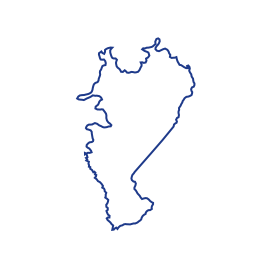 Ponte Alta, Santa Catarina, Brazil (Albers equal-area conic projection), rotated 130°
{"feature_id": "56859067B55318119978612", "entity_name": "Ponte Alta", "entity_type": "district", "adm_level": 2, "iso_a3": "BRA", "parent_name": "Brazil", "parent_adm1": "Santa Catarina", "projection": "albers", "projection_center": [-50.297, -27.416], "detail": "fine", "context": "isolated", "style": "outline", "palette": "blue", "viewbox_px": 256, "rotation_deg": 130, "n_neighbors": 0, "source": "geoboundaries", "source_scale": "gbopen_adm2", "svg_char_len": 4433}
<svg xmlns="http://www.w3.org/2000/svg" viewBox="0 0 256 256"><g transform="rotate(130 128 128)"><path d="M135.0,179.8L133.6,179.2L132.0,178.6L130.5,177.8L128.4,176.8L126.9,176.3L125.7,176.0L125.0,174.9L124.3,173.7L123.3,172.7L122.1,170.6L121.9,169.2L122.1,167.8L122.9,166.2L124.5,166.9L126.3,166.9L127.9,166.3L129.3,165.9L130.9,166.2L132.4,166.5L134.0,165.5L133.5,163.4L132.7,162.4L131.8,161.2L130.7,160.3L129.9,159.1L130.3,157.4L130.6,156.0L131.2,154.0L132.3,152.6L134.3,151.0L135.8,148.9L136.4,146.5L136.2,144.7L136.5,142.6L137.8,142.3L139.3,143.8L140.8,144.7L142.0,145.7L143.0,146.8L143.6,148.2L143.8,149.6L144.5,151.8L144.6,154.3L145.5,156.5L147.0,157.2L148.3,157.7L149.2,158.6L150.5,160.1L152.1,160.8L153.7,160.7L155.1,160.2L155.4,158.8L154.6,157.2L153.8,155.1L154.3,153.3L155.5,152.2L156.6,150.9L157.7,149.6L158.7,148.4L159.4,146.9L160.6,146.3L162.0,146.7L163.8,148.3L165.7,148.7L167.6,148.7L168.9,147.8L169.0,146.3L168.6,144.5L168.9,143.0L169.2,141.6L170.0,140.3L171.6,141.3L172.8,142.8L174.4,143.5L175.3,141.9L176.4,140.3L177.9,140.9L178.2,139.1L179.7,139.1L179.0,136.3L180.8,135.3L181.5,133.9L182.8,133.1L182.2,131.8L183.5,130.7L183.3,128.6L184.2,126.1L183.1,125.7L183.2,124.2L184.8,123.5L184.4,122.1L185.7,121.4L187.5,121.4L187.4,119.2L188.0,116.8L187.5,114.7L187.8,112.3L188.5,109.9L190.2,109.4L189.8,107.5L190.4,106.2L191.4,105.2L191.6,103.0L193.5,102.2L194.5,101.2L195.9,100.7L195.7,98.5L195.8,96.9L197.1,96.1L199.0,95.4L200.8,95.3L202.3,93.9L202.3,92.1L203.7,90.9L205.4,91.2L206.3,89.6L207.2,87.7L207.1,85.7L208.5,84.7L209.6,86.0L210.9,86.2L211.6,84.5L211.6,82.4L211.7,80.6L212.2,78.8L212.2,76.7L216.1,74.6L215.0,73.6L213.3,73.5L211.9,73.0L212.1,71.2L210.3,71.4L207.9,71.0L206.1,69.7L204.6,69.3L203.3,68.3L202.6,67.2L201.6,65.9L200.5,64.4L199.0,63.4L197.6,62.4L196.5,61.1L194.3,60.0L192.5,59.7L191.2,59.3L189.6,59.1L187.8,59.9L185.9,60.2L184.1,59.9L182.5,59.3L181.3,60.0L179.7,60.1L177.9,59.6L176.7,58.3L174.7,57.7L173.6,58.9L172.3,59.5L170.3,59.8L169.2,60.7L169.6,62.1L169.7,64.1L169.4,66.3L169.6,68.3L170.5,69.6L171.8,70.6L173.4,71.6L173.1,73.6L172.4,75.4L172.2,77.0L172.0,78.6L171.3,80.4L170.8,81.9L170.6,83.9L169.5,84.8L167.2,85.4L165.5,86.3L164.7,88.1L165.5,89.4L165.4,91.6L164.4,93.0L162.4,94.0L160.9,94.5L159.1,94.4L157.7,94.6L156.3,94.6L133.1,94.1L115.1,93.8L97.6,94.0L95.7,95.0L94.0,94.7L92.8,94.2L91.6,94.7L90.7,96.5L88.7,96.9L87.3,96.2L85.3,97.3L84.0,99.0L82.7,100.0L81.2,100.5L79.9,101.8L78.7,101.9L77.3,102.0L75.2,102.6L73.6,102.8L72.3,103.4L70.6,103.5L68.8,103.8L66.6,103.3L65.3,102.1L64.0,101.3L62.0,100.5L60.4,101.1L59.2,101.9L58.8,103.2L57.7,104.6L55.8,105.1L54.1,104.2L52.4,104.7L51.1,105.8L50.7,107.2L49.8,108.4L48.4,109.9L47.7,112.3L46.2,114.1L45.6,116.2L44.8,117.9L42.7,118.9L41.7,120.2L41.4,122.0L42.5,122.6L43.8,120.8L44.8,122.0L45.3,124.2L45.5,126.3L45.7,127.7L46.5,129.1L45.9,130.7L45.2,132.7L44.0,134.7L42.6,136.5L44.1,137.4L45.2,138.6L46.3,139.7L46.6,141.6L44.8,142.6L44.3,144.5L43.3,146.1L42.8,148.1L43.3,150.6L45.0,151.7L47.4,152.8L49.2,153.6L50.2,155.5L50.0,157.6L48.9,158.4L47.7,158.6L46.2,158.7L44.6,158.6L43.1,158.8L41.1,159.5L39.9,160.9L40.0,162.5L41.5,163.4L43.1,163.0L44.5,162.5L45.9,160.9L47.6,161.2L49.1,161.4L50.6,161.9L51.8,162.8L53.2,163.9L54.6,165.4L56.1,166.1L57.2,167.6L58.6,167.7L58.3,164.8L57.4,162.3L57.1,160.9L57.8,159.7L58.8,158.2L61.0,158.0L63.2,158.8L64.6,157.1L66.5,156.6L68.0,157.8L68.5,159.3L69.6,160.4L70.6,158.4L71.8,157.5L73.6,157.2L76.0,156.5L78.4,156.4L80.2,157.6L81.1,158.5L82.1,160.4L83.0,161.6L84.2,162.2L85.3,163.0L86.2,164.4L85.9,165.9L85.9,167.6L88.4,168.0L89.4,169.5L88.8,170.7L88.3,172.4L88.4,174.8L88.0,176.4L86.7,178.1L85.8,179.1L84.2,179.9L82.9,180.3L82.7,182.2L83.9,183.6L84.4,184.9L84.0,186.3L83.0,188.0L81.7,190.0L80.0,191.5L78.6,191.8L76.6,191.7L77.6,193.1L79.6,194.6L81.3,195.4L82.9,195.8L84.5,194.5L86.5,193.9L87.0,195.8L86.5,197.6L87.9,197.9L89.3,198.3L90.5,197.4L91.2,196.2L92.4,194.5L93.1,193.0L92.3,191.7L91.0,190.5L91.4,188.4L92.6,186.7L94.3,185.7L95.5,186.7L96.9,187.4L98.6,186.9L100.4,186.2L102.4,186.0L103.7,185.1L104.9,183.7L106.1,183.1L107.5,182.6L109.0,182.1L110.6,181.1L112.4,180.8L114.5,182.0L116.5,182.2L118.3,181.5L120.0,180.7L121.5,179.8L123.2,179.2L124.5,179.1L125.8,179.5L127.0,180.0L128.2,180.8L129.5,181.8L130.9,182.8L132.5,184.5L134.0,185.8L135.9,186.3L138.1,185.9L137.8,184.2L137.0,182.9L135.8,181.2L135.0,179.8ZM174.4,143.5L174.8,144.9L175.8,144.0L174.4,143.5Z" fill="none" stroke="#1e3a8a" stroke-width="2"/></g></svg>